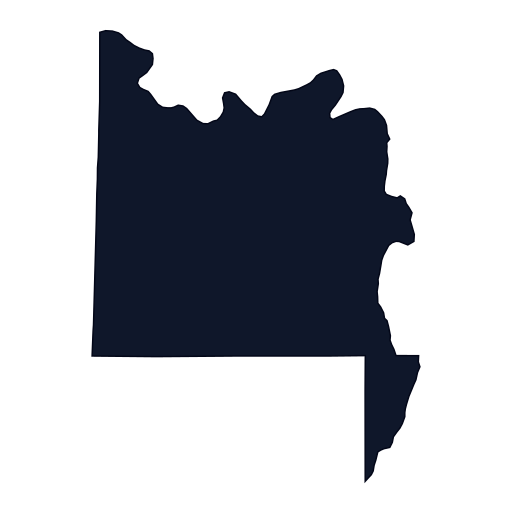 outline of Palotina, Paraná, Brazil
{"feature_id": "56859067B34205123828041", "entity_name": "Palotina", "entity_type": "district", "adm_level": 2, "iso_a3": "BRA", "parent_name": "Brazil", "parent_adm1": "Paraná", "projection": "natural_earth1", "projection_center": [-53.775, -24.293], "detail": "fine", "context": "isolated", "style": "filled", "palette": "ink", "viewbox_px": 512, "rotation_deg": 0, "n_neighbors": 0, "source": "geoboundaries", "source_scale": "gbopen_adm2", "svg_char_len": 2235}
<svg xmlns="http://www.w3.org/2000/svg" viewBox="0 0 512 512"><path d="M389.7,139.1L387.2,133.7L386.5,125.4L384.4,119.7L381.9,116.4L377.5,111.7L374.7,109.4L369.7,108.1L364.0,108.7L359.8,108.9L355.5,109.8L350.6,111.7L339.7,116.4L332.9,119.5L330.0,117.6L329.6,113.2L331.5,109.7L335.3,105.1L340.9,96.7L343.0,92.5L343.6,85.9L342.0,79.4L339.6,74.9L336.7,70.8L333.6,69.6L329.4,70.6L320.9,73.3L316.6,75.9L313.5,80.0L310.5,82.8L306.7,84.9L303.3,86.5L298.7,88.7L294.4,90.0L280.8,92.5L274.7,94.3L272.2,96.5L269.2,104.7L264.5,114.0L261.8,116.8L257.7,116.0L253.6,112.8L250.4,109.3L244.8,104.6L241.1,100.7L235.6,94.2L229.1,91.8L224.6,92.8L222.6,97.9L223.6,103.4L224.2,107.9L223.3,112.1L220.5,116.8L217.2,120.2L213.4,121.1L207.9,123.8L203.0,123.6L196.8,120.2L186.6,108.5L183.0,106.0L178.2,105.2L174.2,107.1L171.1,107.9L167.9,107.9L162.6,107.3L157.7,104.2L150.6,94.3L148.1,91.4L143.4,89.5L139.8,87.5L137.3,83.3L139.0,78.1L142.0,76.0L146.7,72.5L152.4,64.5L153.0,58.6L152.4,53.7L149.1,50.9L144.5,50.0L139.0,48.0L133.9,45.4L130.1,42.5L126.0,39.7L121.6,34.9L118.5,32.9L112.4,31.1L105.6,30.7L99.8,32.3L99.7,101.4L98.8,130.2L98.8,134.2L98.3,157.2L97.5,167.8L97.4,179.2L96.8,193.9L96.3,221.7L93.5,325.0L93.1,330.9L92.1,356.0L156.2,356.6L234.6,356.0L270.0,356.0L299.7,356.0L326.8,356.0L365.3,355.6L365.1,391.0L365.2,481.3L368.2,478.0L371.3,474.7L373.2,470.9L374.1,465.3L375.8,460.1L377.8,451.9L380.7,450.1L383.9,448.7L389.8,447.4L392.3,442.4L393.4,436.8L396.9,431.9L399.9,428.1L402.3,423.6L404.8,416.7L404.8,412.6L405.3,408.9L406.5,404.2L408.9,396.3L411.6,389.8L413.8,384.4L415.9,379.8L417.5,372.5L419.9,366.8L418.3,361.9L418.6,355.7L396.0,355.6L393.9,349.3L391.6,344.6L390.0,340.1L390.4,335.8L388.5,326.4L387.0,320.7L384.5,318.3L383.6,312.8L380.6,306.9L377.8,303.2L377.6,296.7L377.1,291.6L378.3,283.7L378.0,279.2L379.5,273.5L380.8,265.8L381.7,260.2L383.4,255.4L388.7,245.4L392.1,242.7L396.0,241.3L399.2,241.5L407.8,244.9L413.9,241.4L414.3,234.4L411.6,225.0L410.1,219.9L412.0,212.8L408.8,207.3L406.2,203.6L404.7,198.9L400.3,195.9L397.2,197.9L391.6,196.5L386.3,194.4L384.2,191.0L384.3,186.1L384.9,181.0L386.2,174.5L386.5,170.6L387.7,163.3L387.8,159.0L386.7,151.8L387.0,146.4L386.7,142.7L389.7,139.1Z" fill="#0f172a" stroke="#020617" stroke-width="1.5"/></svg>